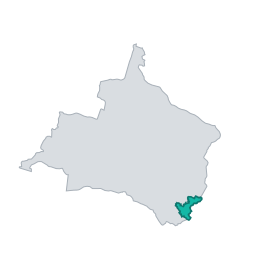 Dungu, Orientale, Democratic Republic of the Congo (highlighted), rotated 107°
{"feature_id": "63176286B6974395638231", "entity_name": "Dungu", "entity_type": "district", "adm_level": 2, "iso_a3": "COD", "parent_name": "Democratic Republic of the Congo", "parent_adm1": "Orientale", "projection": "robinson", "projection_center": [28.274, 4.004], "detail": "fine", "context": "in_parent", "style": "filled", "palette": "teal", "viewbox_px": 256, "rotation_deg": 107, "n_neighbors": 0, "source": "geoboundaries", "source_scale": "gbopen_adm2", "svg_char_len": 7664}
<svg xmlns="http://www.w3.org/2000/svg" viewBox="0 0 256 256"><g transform="rotate(107 128 128)"><path d="M206.2,168.6L190.1,171.5L190.5,172.5L190.3,173.6L189.9,174.5L188.3,176.7L185.8,178.8L185.8,179.3L187.0,181.6L187.8,184.8L187.6,190.3L187.9,191.9L187.9,193.0L187.1,194.3L185.4,201.0L186.5,204.3L189.7,207.3L191.6,209.6L194.7,210.4L195.2,210.3L195.4,208.4L197.9,207.7L197.9,219.6L197.7,220.3L197.2,220.5L196.6,220.1L196.4,218.9L195.8,218.4L192.7,219.9L192.0,219.9L191.1,219.6L190.5,219.0L190.3,218.1L188.2,214.6L187.1,214.4L185.9,211.2L181.1,208.9L179.3,208.8L178.3,208.1L177.4,205.6L175.8,204.0L175.4,202.2L175.1,202.0L174.1,202.4L173.3,205.1L172.2,205.8L170.2,205.9L165.3,205.1L161.8,203.6L160.8,203.7L159.4,202.4L158.8,200.3L159.2,198.6L158.9,198.4L153.5,199.8L152.2,200.6L151.0,200.4L150.6,199.9L151.2,198.8L150.9,197.6L150.5,197.0L148.9,196.5L148.4,195.2L147.4,195.0L147.1,195.2L146.9,196.1L146.3,196.4L143.1,196.0L139.7,197.2L135.3,196.8L133.2,198.2L132.8,198.2L132.4,197.5L132.0,195.2L132.2,194.6L132.8,194.2L133.1,193.2L132.8,190.9L133.0,190.3L132.8,189.0L132.1,186.8L131.1,185.1L129.1,182.4L128.7,181.2L128.8,178.2L129.5,173.6L129.4,170.1L128.6,167.8L128.4,165.4L128.9,161.0L128.4,160.0L118.2,159.6L117.7,159.3L117.5,158.7L118.0,156.1L111.8,156.7L109.9,157.2L108.8,158.3L108.4,159.6L108.4,161.5L107.5,163.3L107.2,166.4L105.5,166.7L103.8,166.7L100.5,166.1L97.2,167.0L95.7,167.8L94.8,167.4L91.9,167.7L91.6,167.5L88.2,161.4L86.7,159.4L86.4,158.4L86.6,157.5L86.1,156.2L84.6,153.1L84.3,151.7L84.3,149.4L84.2,148.6L82.8,146.7L81.8,146.0L80.8,145.7L64.2,146.0L58.7,145.6L54.6,145.8L52.6,145.7L52.0,145.4L50.2,145.8L49.3,146.6L47.8,147.1L46.9,146.9L45.2,144.6L47.5,144.2L47.8,138.6L47.2,137.9L48.4,136.9L50.5,134.6L52.4,133.7L52.7,133.2L53.1,133.3L53.8,134.3L55.5,135.6L57.7,134.4L57.9,134.1L58.2,131.8L58.7,131.6L59.6,132.1L60.1,132.1L61.0,131.4L63.7,130.3L64.5,131.7L63.8,133.1L64.1,134.0L64.2,135.5L64.6,135.8L66.8,136.0L67.4,135.6L71.6,130.3L72.7,129.7L74.5,127.6L76.9,126.7L77.9,125.0L79.3,122.0L79.9,117.7L79.6,110.3L79.8,109.3L82.6,106.0L85.6,100.0L87.5,98.4L89.0,97.7L91.3,95.5L93.1,93.3L92.9,90.6L93.3,88.4L94.3,85.6L94.6,82.6L94.3,79.4L94.5,76.9L95.8,72.8L96.0,68.0L97.2,64.1L99.6,59.1L100.8,55.3L100.6,51.6L100.9,48.9L100.8,47.3L100.3,45.9L100.6,45.1L101.5,44.7L102.6,43.3L104.7,39.7L106.9,37.9L108.5,37.4L110.1,37.4L111.1,37.7L112.8,39.2L114.8,40.3L116.2,41.7L117.6,43.9L121.1,44.4L122.6,45.2L123.5,45.5L123.8,45.3L124.5,45.4L126.2,46.1L127.5,45.7L133.8,47.1L134.6,46.4L136.4,42.6L137.7,41.3L139.9,41.2L141.6,41.9L142.5,41.9L150.3,38.7L151.4,38.5L154.2,39.3L156.1,38.8L156.8,38.9L158.4,38.4L159.7,36.1L160.8,35.5L172.1,38.0L173.8,36.8L174.6,36.7L177.2,37.5L177.9,38.9L179.4,40.1L180.5,42.1L182.2,43.2L183.0,44.3L184.0,45.0L186.1,45.3L188.7,43.5L190.5,43.7L192.4,44.6L193.0,44.6L194.4,43.6L195.1,42.4L195.8,42.2L196.9,42.7L197.8,43.7L198.6,45.2L201.4,48.6L204.2,50.1L204.8,52.2L205.8,52.0L206.3,52.2L207.0,53.5L207.5,53.8L207.6,54.3L206.9,55.5L206.3,57.9L207.1,59.4L206.4,61.5L206.1,63.7L207.0,64.2L208.1,64.2L209.2,65.3L210.0,65.5L210.8,66.7L210.6,67.7L207.9,71.3L203.9,75.7L202.5,76.2L201.8,77.0L201.3,78.3L200.2,79.4L199.2,79.8L199.2,83.0L197.8,86.2L197.3,86.9L196.6,92.2L196.7,93.2L195.9,97.5L196.1,101.6L194.1,102.8L192.7,104.8L192.2,106.2L192.2,109.5L190.0,111.5L189.8,112.0L190.4,114.3L191.2,114.7L191.2,115.5L193.0,118.0L192.9,125.7L193.0,126.4L193.9,128.2L194.5,131.7L193.8,136.2L196.3,144.3L195.2,147.3L195.7,150.1L197.2,153.1L200.6,156.0L201.6,157.2L202.4,158.9L203.2,161.4L206.2,168.6Z" fill="#d9dde1" stroke="#a8b0b8" stroke-width="1"/><path d="M175.9,49.9L176.1,50.0L176.4,50.5L176.6,50.5L176.8,50.5L177.0,50.4L177.3,50.3L177.4,50.5L177.5,50.5L177.6,50.4L177.9,50.2L178.0,50.0L178.3,50.0L178.3,49.9L178.5,49.8L178.5,49.6L178.9,49.6L178.9,49.4L178.9,49.2L179.0,49.2L179.3,49.2L179.6,49.2L179.8,49.1L179.9,48.9L180.2,48.9L180.1,48.7L180.2,48.8L180.2,48.7L180.3,48.8L180.4,48.7L180.5,48.7L180.4,48.6L180.5,48.4L180.5,48.2L180.6,47.9L180.9,47.9L181.0,48.0L181.3,48.0L181.5,48.0L182.0,47.9L182.0,48.5L182.4,48.9L182.7,49.2L182.7,49.7L182.8,49.8L182.8,50.0L183.1,50.3L183.6,50.4L183.7,50.5L183.5,50.8L183.4,50.8L183.2,51.0L182.9,50.9L182.7,51.0L183.2,51.2L183.6,51.1L184.0,51.2L184.0,51.4L184.3,51.5L184.6,52.2L184.6,52.3L184.8,52.5L185.0,52.3L185.3,52.2L185.4,51.9L185.5,51.8L185.9,51.8L186.0,51.8L186.1,52.0L186.7,52.1L186.9,52.1L187.1,52.3L186.9,52.7L186.9,52.9L186.9,53.3L186.5,54.3L186.4,54.5L186.7,54.5L186.8,55.0L186.9,55.3L186.5,55.3L186.4,55.4L186.2,55.4L185.8,55.1L185.5,55.1L185.6,55.3L185.6,55.5L185.6,55.9L185.5,56.2L185.2,56.4L185.1,56.6L185.2,56.9L184.9,57.4L184.9,57.8L185.0,57.9L185.2,58.4L185.2,58.7L185.2,58.9L185.3,58.8L185.3,59.0L185.5,59.4L185.7,59.5L185.8,59.5L185.8,59.4L185.9,59.5L186.2,59.5L186.4,59.7L186.4,60.0L186.7,60.0L186.8,60.1L187.0,59.9L187.0,59.7L186.9,59.5L187.1,59.4L187.2,59.7L187.3,59.9L187.2,60.0L187.3,60.3L187.3,60.2L187.5,59.9L187.6,59.7L187.8,59.8L187.9,59.7L188.0,59.6L188.2,59.8L188.3,59.9L188.5,59.8L188.5,59.7L188.4,59.5L188.4,59.4L188.5,59.2L188.7,58.9L188.8,58.6L188.9,58.2L188.9,57.9L189.0,57.8L189.3,57.9L189.7,57.9L190.0,57.6L190.0,57.2L190.3,57.1L190.5,56.8L190.6,56.7L190.7,56.2L190.8,56.0L190.9,55.9L191.2,55.8L191.4,55.6L192.1,54.6L192.2,54.4L192.1,53.9L192.2,53.7L192.3,53.7L192.6,53.7L192.7,53.9L192.8,53.9L192.9,54.0L193.2,53.9L193.3,53.8L193.4,54.0L193.5,54.1L193.8,54.4L194.0,54.5L194.3,54.2L194.5,53.6L194.8,53.5L194.9,53.4L195.0,53.0L195.1,52.8L195.1,52.6L195.1,52.4L195.0,52.2L194.8,52.1L194.8,51.9L195.1,51.8L195.8,51.5L196.3,51.6L196.5,51.1L196.9,50.8L197.1,50.7L196.8,50.5L196.7,50.2L196.4,49.9L196.7,49.4L196.6,49.1L196.5,48.9L196.3,48.8L195.9,48.7L196.2,48.4L196.3,48.4L196.6,48.3L196.6,48.2L196.8,48.1L196.8,47.9L196.9,47.7L196.8,47.3L196.9,47.0L196.9,46.9L197.0,46.8L197.0,46.6L197.0,46.4L197.0,46.2L197.5,45.9L197.7,45.7L198.0,45.0L198.1,44.6L198.1,43.4L198.3,42.9L197.9,42.5L197.4,42.5L197.1,42.2L196.7,41.9L196.2,41.9L195.7,41.8L195.6,41.7L195.3,41.7L195.2,41.9L195.1,42.2L195.2,42.5L194.6,43.5L194.2,43.9L193.9,44.5L193.7,44.6L193.4,44.5L193.2,44.9L192.9,45.0L192.6,44.8L192.3,44.5L192.2,44.3L192.1,44.2L191.9,44.3L191.8,44.2L191.6,44.0L191.5,43.9L191.3,43.6L191.0,43.7L190.5,43.7L190.3,43.7L190.0,43.6L189.6,43.6L189.5,43.4L189.5,43.1L189.3,42.9L189.2,42.8L188.9,43.1L188.7,43.1L188.5,43.5L188.4,43.8L188.2,44.2L188.1,44.3L187.6,44.4L187.5,44.6L187.4,44.7L186.9,44.8L186.6,45.3L186.5,45.5L186.4,45.5L185.9,45.7L185.7,45.5L185.5,45.3L185.5,45.2L185.3,45.1L185.1,45.2L184.6,45.2L184.4,45.2L184.1,45.1L183.7,44.6L183.6,44.2L183.4,44.1L183.1,44.2L182.7,43.9L182.6,43.7L182.6,43.2L182.2,43.1L181.9,43.0L181.5,43.1L181.3,43.2L180.8,42.8L180.7,42.9L180.5,42.7L180.4,42.2L180.5,41.7L180.5,41.0L180.4,40.8L179.8,40.8L179.7,40.4L179.8,40.3L179.6,39.9L179.3,39.9L178.8,40.0L178.6,39.9L178.3,39.5L178.2,39.3L177.9,39.2L177.7,38.8L177.7,38.7L177.5,38.4L177.5,38.1L177.4,37.8L177.3,37.7L176.6,37.5L176.4,37.4L175.7,37.1L175.0,36.6L174.6,36.6L174.2,36.6L173.9,36.8L173.7,37.0L173.4,37.1L173.5,37.4L173.5,37.7L173.2,37.7L173.1,37.8L173.1,38.2L173.1,38.3L173.0,38.5L173.4,38.7L173.2,38.8L173.5,39.2L173.5,39.7L173.6,39.9L173.8,40.1L174.0,40.1L174.1,40.4L174.0,40.6L173.7,40.7L173.6,41.1L173.9,41.6L173.4,42.2L173.5,42.3L173.5,42.5L173.4,42.7L173.5,42.9L173.4,43.1L173.3,43.4L173.5,43.5L173.8,43.4L173.9,43.5L174.0,43.5L174.3,43.7L174.8,43.8L175.0,44.0L175.3,44.1L175.5,43.9L175.9,43.9L176.0,43.8L176.2,44.0L176.0,44.3L176.0,44.9L175.7,45.4L175.7,46.2L175.6,46.3L175.6,46.5L175.5,47.1L175.4,47.3L175.3,47.7L175.4,47.9L175.6,48.0L175.6,48.4L175.6,48.6L175.6,48.8L175.9,49.1L175.9,49.3L176.0,49.5L175.9,49.7L175.9,49.9Z" fill="#14b8a6" stroke="#0f766e" stroke-width="1.5"/></g></svg>